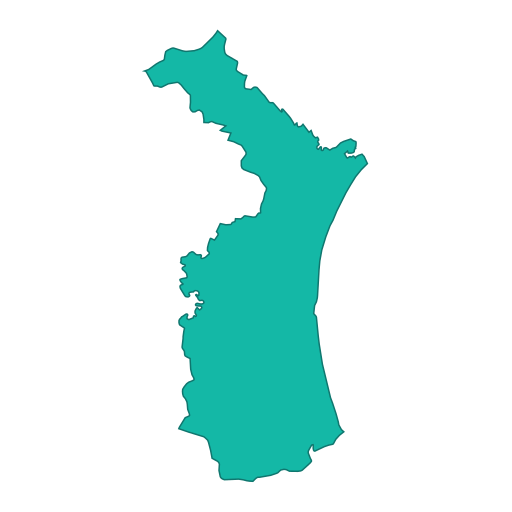 the district of Dien Chau, Nghệ An, Vietnam
{"feature_id": "81297802B64936965881183", "entity_name": "Dien Chau", "entity_type": "district", "adm_level": 2, "iso_a3": "VNM", "parent_name": "Vietnam", "parent_adm1": "Nghệ An", "projection": "mercator", "projection_center": [105.563, 19.021], "detail": "fine", "context": "isolated", "style": "filled", "palette": "teal", "viewbox_px": 512, "rotation_deg": 0, "n_neighbors": 0, "source": "geoboundaries", "source_scale": "gbopen_adm2", "svg_char_len": 6062}
<svg xmlns="http://www.w3.org/2000/svg" viewBox="0 0 512 512"><path d="M367.4,163.6L364.2,156.6L362.0,154.2L358.7,155.3L356.8,156.4L355.9,156.9L355.4,158.0L353.6,156.0L353.1,156.0L351.4,157.1L351.0,157.1L350.2,156.6L349.6,156.7L347.5,158.0L346.8,157.7L344.5,153.7L347.5,151.1L348.3,153.1L351.2,153.1L352.8,152.7L353.6,152.3L354.2,151.7L354.5,149.4L355.1,148.8L355.7,148.5L355.8,148.1L355.2,147.2L355.9,146.3L356.1,142.8L355.8,141.6L353.3,140.7L350.8,139.0L343.7,141.4L340.5,143.0L336.5,147.1L335.8,147.5L332.7,148.3L329.8,150.1L326.5,147.9L325.8,147.7L324.2,148.0L323.7,148.7L323.1,150.2L322.5,150.5L321.9,150.5L321.3,150.1L321.4,147.7L321.3,147.2L321.0,146.8L320.4,146.9L318.4,149.3L317.8,149.2L317.3,148.8L316.9,148.1L316.9,146.7L317.3,146.0L319.0,144.6L318.8,143.7L317.7,142.1L317.9,140.9L318.7,140.1L318.5,138.9L317.5,137.2L315.4,137.8L313.7,136.3L312.8,135.0L311.1,130.5L309.0,132.3L303.0,124.3L301.3,126.2L298.7,126.9L297.8,126.5L297.3,125.4L296.9,123.0L296.5,123.1L294.8,125.0L294.3,124.9L293.5,123.0L290.6,118.3L288.9,116.1L283.3,109.7L282.8,109.2L282.1,109.1L281.8,109.4L281.6,109.7L282.1,111.5L281.7,111.9L281.3,111.8L279.8,110.5L273.5,103.2L272.8,102.7L270.1,102.7L269.0,102.1L264.4,95.6L262.4,93.7L257.4,87.9L256.8,87.4L255.2,87.1L254.1,87.2L253.2,87.7L251.1,89.5L245.8,88.8L245.1,88.4L244.4,87.1L244.5,83.2L244.8,81.2L246.8,75.6L246.5,75.4L243.4,75.1L237.4,71.4L236.3,70.0L236.2,69.2L237.6,62.9L237.3,61.4L227.1,55.5L225.7,54.2L224.8,52.5L224.2,48.7L224.2,46.3L224.6,44.2L225.9,39.1L225.7,38.2L217.6,30.7L216.1,33.1L212.9,37.1L202.3,47.5L200.9,48.4L199.1,49.2L194.3,50.7L186.4,51.4L184.9,51.3L182.3,50.8L174.1,48.2L173.0,48.0L171.4,48.4L167.3,50.4L165.7,51.7L164.9,55.1L164.3,59.4L163.9,59.9L163.4,60.4L159.7,62.0L156.1,64.1L148.7,69.5L144.6,71.0L145.6,71.2L146.4,72.0L152.6,83.1L153.8,85.7L154.2,86.0L157.6,86.1L159.7,87.0L161.0,87.2L161.9,87.0L168.3,83.8L177.3,82.3L178.6,82.7L181.2,85.0L184.2,88.8L187.7,92.8L189.7,94.4L190.2,94.9L190.4,95.5L190.5,102.3L190.0,107.6L190.2,108.6L191.1,110.4L192.6,111.8L193.3,111.9L195.1,111.8L197.3,110.5L199.3,110.0L202.1,111.9L203.1,114.2L203.9,119.6L203.9,122.5L208.4,122.7L210.3,121.8L211.9,121.5L215.9,123.3L223.3,125.0L225.8,125.9L220.3,130.3L221.9,131.1L230.9,133.0L228.0,140.2L233.7,141.7L238.4,144.0L241.0,145.0L242.2,146.2L246.0,152.2L246.1,154.3L244.7,156.3L241.3,160.7L241.3,165.9L242.0,168.0L243.7,169.5L250.5,172.2L254.3,173.4L258.3,175.6L259.6,177.0L261.0,180.5L263.6,184.2L266.4,187.6L266.5,188.6L266.2,190.5L264.9,193.0L263.7,199.0L263.0,201.1L261.5,204.0L261.3,204.9L260.5,208.5L260.6,212.8L260.3,213.0L258.7,213.1L258.0,213.7L255.8,216.8L255.1,217.0L252.9,217.1L245.0,215.8L244.2,216.1L242.8,217.5L240.9,218.9L235.5,218.7L235.0,221.6L232.2,222.5L231.2,224.2L230.8,224.5L225.9,224.8L220.3,223.6L216.5,231.7L218.0,233.4L218.1,234.6L217.8,235.4L214.5,240.1L210.9,238.4L210.5,238.4L210.2,238.8L208.6,243.3L207.6,247.3L207.4,250.4L207.7,250.9L209.1,252.3L209.3,253.4L209.1,253.9L205.4,257.3L203.4,258.2L202.0,258.5L201.3,258.3L200.9,257.5L201.4,255.9L201.2,255.2L200.5,254.7L198.0,254.9L196.6,254.7L195.8,254.3L193.5,252.2L192.5,251.8L191.8,251.8L189.4,253.0L187.1,255.8L186.4,256.3L185.5,256.7L182.1,257.2L181.4,257.7L181.1,258.3L181.0,259.6L181.1,260.7L180.6,262.6L182.5,264.1L185.0,264.8L185.3,265.5L185.2,266.0L182.6,267.5L182.2,268.3L182.2,268.9L182.7,269.7L184.0,270.7L186.1,272.9L186.6,273.8L187.2,276.8L186.6,277.8L182.3,278.6L180.2,279.3L179.9,279.8L180.3,280.9L181.5,282.6L183.0,284.0L182.7,284.4L181.5,284.8L180.5,285.3L180.0,286.2L180.2,287.9L180.8,289.1L184.9,295.8L185.6,296.5L186.2,296.7L187.8,296.9L188.5,296.8L189.3,296.3L189.7,295.7L189.6,295.1L188.9,293.9L189.0,293.2L189.4,292.7L189.9,292.3L190.9,292.1L193.5,291.9L194.4,290.8L195.0,290.6L197.2,290.8L198.0,291.3L198.7,292.1L199.0,292.9L198.8,295.3L198.3,295.7L197.9,295.6L196.6,294.5L196.1,294.6L195.7,294.9L195.8,295.3L197.6,297.6L198.3,299.2L199.4,300.4L199.8,300.6L201.9,300.3L202.8,300.5L203.4,301.0L203.8,301.9L203.9,302.7L203.5,303.3L202.6,303.8L201.6,304.0L199.8,303.9L197.5,303.3L196.5,303.5L195.8,304.0L195.5,304.9L196.0,305.6L196.4,305.8L200.8,306.1L201.4,306.5L201.8,307.5L201.7,308.0L201.3,308.6L199.7,309.9L199.2,309.7L197.3,307.7L196.9,307.8L196.4,308.3L195.2,310.6L195.0,311.9L195.1,313.1L196.3,315.1L196.4,315.7L196.1,316.2L195.6,316.5L194.4,315.8L193.9,315.9L193.5,316.3L193.3,317.8L188.9,319.6L187.3,318.9L187.0,318.3L187.1,316.5L187.6,315.7L187.7,315.0L187.6,314.5L187.0,314.0L186.4,314.0L185.8,314.2L182.3,316.6L181.6,316.9L180.6,318.3L179.6,319.2L179.0,320.6L179.0,322.8L179.4,324.3L179.7,324.9L184.4,328.0L184.5,328.2L183.8,331.5L183.1,336.7L183.1,338.4L182.1,346.9L182.2,347.7L182.6,348.6L183.9,350.4L184.4,351.4L184.7,354.8L185.2,355.9L187.3,357.2L190.1,358.5L190.7,369.3L192.0,374.7L193.7,377.8L194.1,379.2L193.8,380.0L192.3,380.8L188.7,382.2L186.6,383.8L184.2,386.8L182.7,389.3L182.5,391.3L182.7,393.8L183.4,396.3L185.4,398.7L186.9,401.8L187.3,404.2L187.7,409.3L189.3,413.6L189.6,415.3L188.9,416.1L185.2,417.7L179.3,427.4L178.8,428.7L188.7,432.1L203.7,436.7L205.2,437.8L207.7,440.2L208.6,442.6L210.6,450.3L212.1,458.3L217.6,461.3L218.7,462.4L219.4,464.1L219.0,470.5L220.3,476.8L221.4,478.3L222.8,479.1L224.4,479.7L238.6,479.1L243.3,479.8L246.7,480.7L249.4,481.1L252.9,481.3L255.7,478.5L257.5,477.3L259.8,477.2L270.7,475.3L276.9,473.2L278.0,472.6L279.6,471.0L280.9,470.0L284.0,469.3L286.2,469.6L289.5,471.2L297.8,471.3L300.7,470.9L302.2,470.2L310.0,463.1L311.4,461.4L311.4,460.4L310.3,458.3L308.2,452.9L308.3,451.2L309.0,449.7L311.4,445.5L312.0,444.9L313.1,444.7L313.2,445.1L313.2,448.7L313.6,450.2L314.2,451.0L314.9,451.1L324.4,446.6L328.8,445.1L332.5,444.3L333.3,443.9L335.8,439.3L339.4,435.3L343.8,431.8L341.4,429.6L338.8,424.9L338.3,422.0L336.1,414.0L332.6,403.3L330.5,397.7L322.4,364.2L319.2,344.1L318.2,335.7L316.4,317.2L316.0,316.2L313.7,313.6L314.6,305.5L316.4,301.8L317.3,297.9L317.5,296.0L319.0,269.8L319.8,260.9L321.8,249.9L325.8,236.8L330.0,225.7L333.0,220.2L336.8,211.0L345.9,192.8L350.5,184.9L355.6,176.7L361.2,169.8L367.4,163.6Z" fill="#14b8a6" stroke="#0f766e" stroke-width="1.5"/></svg>